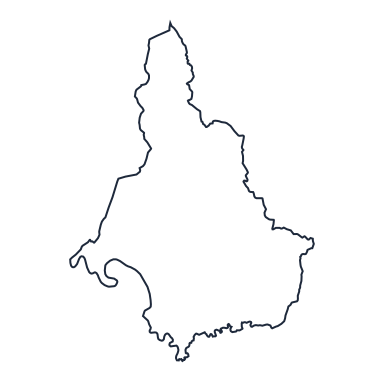 Ayun Pa, Gia Lai, Vietnam (Robinson projection), rotated 180°
{"feature_id": "81297802B91685830390053", "entity_name": "Ayun Pa", "entity_type": "district", "adm_level": 2, "iso_a3": "VNM", "parent_name": "Vietnam", "parent_adm1": "Gia Lai", "projection": "robinson", "projection_center": [108.411, 13.31], "detail": "fine", "context": "isolated", "style": "outline", "palette": "slate", "viewbox_px": 384, "rotation_deg": 180, "n_neighbors": 0, "source": "geoboundaries", "source_scale": "gbopen_adm2", "svg_char_len": 5918}
<svg xmlns="http://www.w3.org/2000/svg" viewBox="0 0 384 384"><g transform="rotate(180 192 192)"><path d="M207.1,23.7L205.2,23.6L205.0,24.6L204.7,24.9L203.5,24.7L202.8,24.9L202.5,24.1L201.9,24.1L201.8,23.2L201.6,23.0L200.3,24.0L199.7,24.0L198.9,25.1L198.9,25.4L199.7,26.1L199.4,26.6L196.9,26.8L195.5,27.8L195.8,29.7L196.4,30.6L196.8,30.8L197.7,30.6L198.2,31.0L198.5,33.7L198.4,34.6L197.6,36.1L195.5,37.2L194.9,37.9L194.5,39.3L194.5,40.6L194.1,41.1L192.7,41.2L192.3,42.7L191.3,43.4L190.4,43.6L190.1,45.9L190.4,47.1L189.3,49.1L188.0,50.3L187.3,50.3L184.9,49.2L179.3,51.7L178.6,50.5L177.5,49.7L177.1,48.6L175.8,47.3L175.0,47.2L174.6,47.6L173.6,49.7L173.1,50.0L172.3,49.6L171.2,47.4L170.0,47.7L168.6,47.7L168.2,48.0L168.0,48.4L169.2,51.8L169.3,52.9L168.9,53.7L167.7,54.3L166.5,54.0L165.3,53.3L164.1,53.5L163.8,51.4L163.5,51.2L162.9,51.4L162.3,51.9L162.1,52.7L163.3,54.7L163.2,55.3L161.0,56.3L159.2,56.2L157.6,55.8L156.5,56.1L156.0,56.8L156.3,59.1L155.8,59.8L155.4,60.0L154.8,59.6L153.8,57.6L152.5,57.2L153.6,55.1L153.5,53.7L153.1,52.8L151.7,51.9L148.4,52.4L147.8,52.6L147.1,53.7L144.4,53.6L141.6,55.2L141.5,55.5L142.2,57.3L142.3,60.6L142.0,61.5L141.0,61.2L140.0,61.7L139.0,61.8L137.3,61.2L135.7,62.0L134.5,62.4L133.6,62.3L132.9,61.9L132.7,61.1L133.5,59.4L133.5,58.5L132.8,57.4L132.0,57.2L129.9,58.5L128.1,58.9L125.8,58.5L124.1,58.8L121.6,58.3L117.8,59.4L116.4,59.5L113.6,58.5L112.7,56.4L111.8,55.7L107.8,57.5L106.3,57.9L102.6,60.2L99.8,62.8L98.9,65.7L98.5,68.5L96.3,74.7L95.6,77.5L93.5,79.1L92.5,81.0L92.0,81.5L87.0,82.7L86.3,83.6L86.1,85.2L86.2,88.3L84.8,92.5L84.8,94.3L83.9,96.3L83.8,98.6L82.6,103.0L82.4,107.6L82.6,109.3L81.3,112.8L83.2,117.5L83.5,119.2L84.0,123.9L83.5,125.7L83.8,127.1L83.2,127.6L82.6,129.1L82.1,129.6L81.0,130.0L79.0,129.8L78.0,130.2L76.8,132.6L76.7,133.7L76.3,134.2L72.7,135.8L71.7,135.8L70.2,140.1L71.1,143.0L71.2,145.3L73.5,146.0L75.1,144.5L75.8,144.4L76.4,144.7L78.9,147.4L79.6,147.7L81.6,146.4L82.1,146.6L86.0,149.6L87.0,150.0L90.4,149.9L93.2,153.6L97.2,154.8L100.2,156.4L102.0,155.5L102.9,155.4L104.3,156.1L108.2,156.1L110.6,154.7L111.5,154.7L111.7,155.3L110.5,159.9L110.1,163.9L110.3,164.2L113.9,164.4L115.1,164.8L118.2,166.9L118.7,167.7L119.2,168.6L119.5,171.3L118.0,174.8L120.3,179.2L121.5,185.5L122.0,185.8L127.5,185.8L128.7,186.3L129.6,187.5L130.3,190.7L130.8,191.9L133.7,192.1L134.6,192.6L135.1,193.2L136.0,195.9L137.9,197.9L140.5,202.3L140.4,202.7L139.8,203.4L138.8,203.3L137.7,202.7L137.1,202.8L136.6,203.3L136.5,204.5L138.1,207.8L138.2,208.7L136.3,211.0L136.1,211.7L137.4,214.4L141.4,220.8L140.9,223.1L141.0,228.1L142.0,232.1L140.6,234.0L141.8,235.5L142.2,237.0L141.7,238.8L140.4,245.2L140.1,247.4L140.2,247.9L141.1,248.5L144.4,248.2L145.6,248.5L149.6,252.9L153.4,258.0L157.2,260.8L158.8,261.4L162.5,261.9L164.7,262.7L166.7,263.1L168.8,263.3L170.1,263.1L171.1,262.5L171.4,260.6L173.8,260.4L175.3,258.4L177.4,257.0L178.0,257.0L179.6,259.3L180.8,259.9L181.6,262.2L182.5,262.5L183.5,266.8L183.7,271.8L184.0,272.9L187.0,274.8L192.1,279.0L194.2,279.9L195.0,280.8L196.1,283.2L195.7,283.7L194.3,284.1L192.6,285.1L192.0,287.7L191.7,291.8L192.0,292.5L194.3,295.0L194.8,298.2L195.1,299.0L196.8,299.8L197.1,300.5L195.6,301.6L193.5,302.6L192.5,303.5L190.3,307.1L190.3,307.9L191.2,310.1L191.2,311.4L192.5,313.5L191.9,315.6L192.0,317.0L192.8,318.5L194.2,319.1L194.6,320.2L195.9,320.2L196.3,320.6L196.4,322.3L195.7,323.3L197.2,325.4L196.7,327.0L196.9,327.7L197.2,328.1L197.8,328.3L198.2,328.8L198.1,329.5L197.2,330.9L197.1,331.8L198.5,337.9L198.9,338.5L200.5,339.7L201.5,341.3L202.1,342.9L202.2,344.8L204.5,347.2L207.3,352.4L208.9,354.5L210.0,355.9L212.4,357.9L213.7,361.0L214.5,356.8L214.6,353.7L227.1,348.2L234.1,344.8L234.7,344.1L235.0,341.0L235.5,338.6L234.8,335.4L236.2,329.7L238.0,320.5L238.4,319.9L238.9,319.7L239.3,319.0L238.9,314.9L238.4,313.4L237.5,311.9L235.7,310.2L235.0,308.6L235.0,305.9L235.4,304.3L236.5,302.1L238.0,300.1L239.3,299.6L242.7,298.9L242.8,298.1L243.3,297.5L247.5,294.3L248.3,292.6L249.1,287.5L247.3,285.6L246.9,284.8L246.0,281.4L243.4,277.9L241.7,276.2L240.5,274.1L240.4,273.5L240.6,272.9L243.0,270.3L244.3,266.3L244.9,261.3L244.4,259.2L244.0,255.3L243.2,253.9L240.0,251.3L239.9,251.0L240.3,249.2L239.8,246.9L239.7,245.1L236.7,241.7L232.9,235.5L233.2,234.8L236.0,231.5L237.5,225.3L239.5,219.7L241.0,217.9L244.4,215.9L243.8,213.8L244.1,212.3L247.5,209.5L258.5,207.4L265.6,205.3L266.7,202.5L271.5,186.8L275.3,176.6L278.2,167.8L278.6,166.6L280.2,165.1L282.1,162.4L283.2,159.3L284.6,153.4L284.8,152.2L284.5,149.3L286.0,145.9L289.7,141.4L290.1,141.4L291.6,142.6L292.9,142.5L293.9,144.1L294.3,144.1L296.1,141.7L301.5,138.2L302.3,137.1L303.2,134.6L308.2,129.4L312.0,126.4L313.8,124.6L313.6,121.1L313.0,118.7L312.6,117.9L311.9,117.1L311.2,116.8L310.1,116.8L308.8,117.6L306.9,120.0L305.0,124.9L303.6,127.2L302.5,127.7L300.8,127.4L299.7,126.1L299.0,124.6L296.9,116.5L294.8,111.9L293.9,111.0L292.7,110.4L291.3,110.6L289.4,111.6L288.7,111.6L287.5,110.9L286.1,108.7L285.4,106.6L283.3,102.3L282.2,101.0L279.4,98.9L276.4,97.6L275.0,97.3L269.8,97.8L268.7,98.3L267.8,99.4L266.8,101.5L266.7,102.6L267.1,103.5L269.8,105.4L275.6,106.4L277.6,108.0L278.7,109.9L279.2,113.5L278.7,118.3L278.4,119.1L276.9,120.9L273.9,123.3L270.6,124.7L268.1,124.7L266.8,124.3L263.9,122.9L258.0,118.7L255.8,117.6L253.3,116.8L248.9,114.4L247.0,112.9L243.8,109.8L236.5,97.1L234.3,90.1L233.4,83.8L233.1,79.7L233.3,77.3L234.5,76.0L238.9,73.5L239.5,72.7L241.0,67.9L236.3,63.6L235.8,62.8L234.8,59.6L233.2,56.5L233.5,54.9L234.3,53.6L234.3,52.2L233.8,51.6L233.0,51.2L229.4,51.6L228.0,51.5L227.3,51.1L226.5,49.9L226.1,46.6L225.7,45.1L224.4,44.0L222.3,43.3L221.3,43.5L220.2,44.7L219.7,47.5L219.1,48.9L218.5,49.7L217.6,50.3L216.8,50.5L216.1,50.3L215.3,49.8L213.1,46.7L211.9,45.7L211.1,44.2L211.3,42.5L214.0,41.1L214.3,40.6L214.6,39.3L214.4,38.5L213.2,37.6L207.6,38.4L206.7,37.6L206.2,36.6L205.6,34.3L205.7,33.1L206.5,30.5L207.6,28.4L208.0,26.8L207.9,25.5L207.1,23.7Z" fill="none" stroke="#1e293b" stroke-width="2"/></g></svg>